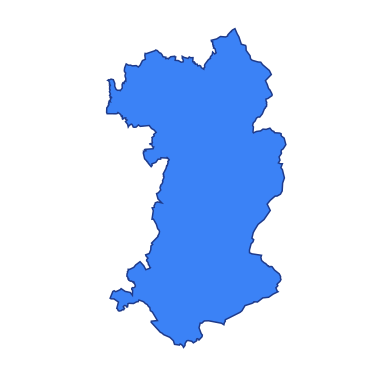 Borris-In-Ossory -Mountmellick Lea-6, Laoighis, Ireland, rotated 167°
{"feature_id": "5873133B47700529765173", "entity_name": "Borris-In-Ossory -Mountmellick Lea-6", "entity_type": "district", "adm_level": 2, "iso_a3": "IRL", "parent_name": "Ireland", "parent_adm1": "Laoighis", "projection": "mercator", "projection_center": [-7.469, 52.998], "detail": "fine", "context": "isolated", "style": "filled", "palette": "blue", "viewbox_px": 384, "rotation_deg": 167, "n_neighbors": 0, "source": "geoboundaries", "source_scale": "gbopen_adm2", "svg_char_len": 6041}
<svg xmlns="http://www.w3.org/2000/svg" viewBox="0 0 384 384"><g transform="rotate(167 192 192)"><path d="M113.4,341.5L116.0,340.8L117.2,340.2L117.5,339.5L118.1,339.6L121.6,337.2L122.2,336.0L124.4,335.5L129.3,337.1L133.5,335.6L139.1,335.5L139.1,334.1L138.1,333.7L138.6,330.9L138.1,329.8L138.6,329.5L138.1,328.0L138.6,327.5L137.2,326.1L137.4,323.4L137.1,322.2L138.8,321.4L140.4,323.7L141.4,321.2L143.4,319.8L144.2,318.6L144.0,318.0L146.1,317.4L150.6,313.6L151.3,312.6L151.5,310.7L152.4,310.3L152.9,309.0L155.0,311.1L155.2,312.7L156.1,313.6L158.0,313.6L158.3,315.5L160.0,315.7L159.9,316.9L160.8,317.0L160.5,318.2L162.0,318.8L160.8,322.7L163.2,323.2L164.3,324.2L165.8,323.0L169.5,325.0L171.0,326.4L171.4,324.2L171.0,323.8L170.9,321.7L171.4,320.8L173.4,320.9L175.7,323.1L178.8,324.1L177.5,327.3L178.6,327.7L178.5,328.2L182.3,328.6L185.1,327.1L185.3,327.6L187.6,327.9L187.1,329.2L189.8,330.3L190.4,332.7L191.3,334.4L192.3,334.8L194.0,337.6L195.4,338.5L196.5,338.0L205.4,337.1L206.5,337.6L207.2,335.7L207.6,331.8L210.7,331.2L214.1,327.1L216.2,325.9L217.9,327.7L221.7,328.3L223.3,329.4L225.3,329.8L227.3,331.6L229.7,328.1L230.6,325.7L230.7,324.4L229.9,323.1L230.2,322.0L231.0,320.8L231.2,319.3L230.9,317.7L231.6,314.9L232.0,315.3L232.7,315.0L233.8,314.0L233.6,313.6L233.9,313.1L234.8,313.9L235.9,312.5L236.6,308.9L239.2,306.9L239.7,307.5L241.7,307.8L242.9,309.2L243.5,312.4L242.8,315.2L243.4,319.1L245.5,320.2L247.8,319.7L248.6,320.6L248.3,319.9L248.9,319.7L248.2,319.2L247.7,317.1L248.1,316.1L247.8,315.6L248.2,315.1L247.7,315.0L247.6,314.1L248.4,313.6L249.2,310.7L248.8,309.8L249.9,308.3L249.4,305.8L250.6,304.7L250.0,303.6L250.3,303.2L249.7,302.8L250.2,302.5L249.5,301.9L250.3,301.7L250.6,300.2L251.5,299.8L251.3,299.1L251.9,299.1L251.6,298.5L252.2,298.8L252.8,298.4L252.6,298.0L253.4,297.0L253.1,296.4L253.7,295.3L254.2,295.3L254.3,294.6L256.1,293.2L257.3,288.8L257.1,287.4L248.4,285.3L247.2,285.3L246.3,286.1L244.1,283.6L243.8,281.6L242.9,281.7L243.4,278.9L243.1,278.5L241.4,279.4L239.9,279.1L240.4,278.0L239.1,276.7L241.0,275.6L239.5,272.4L239.5,269.7L238.3,270.9L236.0,271.8L235.4,271.5L234.9,270.1L234.7,268.6L233.9,268.1L231.9,267.8L229.1,269.4L227.7,267.6L218.7,266.4L217.2,263.0L215.1,261.1L213.5,258.2L216.4,256.7L216.2,255.4L216.4,255.0L218.8,254.1L218.7,253.2L219.5,250.6L219.4,249.2L219.8,248.6L222.2,248.4L222.0,247.7L220.7,247.8L220.2,244.9L219.2,244.5L220.2,242.9L228.1,244.1L228.5,244.0L227.7,242.6L230.1,242.7L230.0,241.6L230.7,241.1L230.7,235.0L229.1,232.4L229.1,231.8L228.5,231.4L228.2,230.0L226.1,225.9L224.9,226.8L224.8,228.4L220.6,229.0L217.7,231.6L215.1,231.1L214.6,232.4L209.2,230.8L208.6,231.3L208.2,230.9L208.3,230.1L207.6,229.9L207.0,228.5L208.7,227.2L208.7,226.0L210.3,223.2L210.8,223.3L212.0,220.8L216.1,216.0L215.7,215.0L216.3,213.9L215.9,213.4L216.2,212.2L218.2,209.6L218.1,208.5L219.2,206.9L221.1,205.6L221.2,204.7L222.0,204.0L222.2,203.0L222.0,201.0L225.0,198.8L226.9,198.4L226.7,192.9L223.9,188.2L227.8,190.1L230.2,189.7L230.8,188.5L232.0,187.2L232.2,185.5L234.4,185.5L233.9,182.5L237.1,174.5L235.7,174.2L234.0,168.5L233.7,163.9L232.8,162.4L232.5,161.0L233.2,159.1L235.2,156.8L235.1,156.3L242.9,151.3L242.1,149.8L244.1,148.7L245.2,144.9L247.5,141.7L251.3,141.2L251.2,140.0L249.8,137.5L251.4,136.2L251.7,135.2L250.7,133.3L250.8,130.9L250.2,130.2L250.0,128.0L249.6,127.7L250.2,127.2L254.5,126.7L255.6,131.0L258.3,135.8L263.3,133.6L265.6,131.7L269.9,130.7L271.6,131.0L271.6,129.9L272.8,129.0L272.9,127.9L273.7,126.9L274.4,124.5L273.7,123.4L273.9,121.7L273.3,121.6L273.5,120.4L272.1,119.0L270.9,118.8L269.6,117.1L269.3,117.6L268.7,117.1L269.1,116.3L268.5,115.2L268.3,113.2L269.1,112.2L270.3,111.8L271.4,112.2L272.4,111.7L272.6,110.4L271.9,109.8L273.3,104.8L274.8,108.0L279.5,110.2L282.8,113.8L283.9,113.0L288.1,112.1L288.9,112.1L290.1,113.3L291.5,112.9L295.7,106.9L294.9,106.1L292.1,105.4L288.4,101.3L291.5,95.5L290.8,94.7L290.6,93.1L289.8,92.4L287.8,92.3L286.1,93.0L285.1,92.6L283.9,93.9L284.7,94.7L284.7,95.8L283.3,96.6L282.0,96.1L281.3,94.5L280.6,94.6L279.5,97.6L278.3,97.7L274.1,96.5L270.4,97.5L269.2,97.2L268.0,98.7L263.9,96.0L262.5,93.8L260.9,92.4L260.1,90.1L259.1,89.1L259.3,85.8L257.6,83.9L254.6,74.5L260.7,75.3L261.1,74.3L254.4,62.4L253.2,61.5L251.6,59.3L246.3,55.4L243.6,51.3L243.3,47.5L238.7,45.7L237.8,46.6L237.3,46.4L235.7,44.5L235.2,42.5L233.4,44.0L232.7,46.1L230.5,48.2L229.2,48.2L225.8,46.6L224.6,44.7L221.2,45.9L220.7,46.3L220.8,47.3L220.4,47.8L219.4,47.8L218.5,46.2L214.8,48.7L214.1,50.3L214.9,51.9L215.7,58.1L213.5,62.4L211.9,62.0L209.0,63.6L204.8,62.8L192.8,57.5L190.8,55.5L189.9,57.3L188.6,58.6L188.6,59.6L188.1,60.1L172.1,64.0L170.0,65.1L165.9,69.4L158.5,70.0L156.5,70.6L156.3,71.1L152.9,70.1L146.8,72.9L141.0,72.2L135.8,74.3L130.6,75.5L131.3,76.4L131.8,79.8L129.7,81.1L129.4,81.7L129.9,82.8L129.4,83.4L126.4,85.1L125.0,86.7L125.2,88.2L124.7,89.7L125.4,92.6L129.2,97.4L130.8,101.2L131.8,101.7L133.6,101.7L134.0,102.8L134.5,102.7L136.3,105.7L137.6,106.8L139.6,109.6L139.6,112.9L138.5,114.7L147.6,118.3L149.6,119.9L149.1,122.5L146.1,128.2L143.8,129.7L142.6,131.7L144.0,133.5L141.5,138.6L139.6,140.8L134.9,145.6L128.0,149.0L119.9,156.4L121.5,163.3L117.6,166.3L112.0,169.3L110.0,168.9L106.3,170.0L103.9,172.7L101.7,180.3L98.8,184.9L98.9,193.4L99.9,195.7L97.6,199.2L99.6,199.7L101.3,200.9L99.1,203.2L99.3,206.6L96.3,209.3L96.0,210.0L96.3,210.8L95.4,212.8L93.5,213.5L89.9,217.0L90.1,223.8L92.1,226.1L92.5,227.3L92.0,228.5L92.2,228.9L93.4,229.7L98.0,231.1L98.5,231.6L98.5,232.5L100.3,233.8L101.7,236.7L105.6,236.3L108.7,237.3L111.4,236.1L115.5,236.5L118.8,235.8L119.1,236.7L117.5,241.6L118.0,243.2L116.8,245.5L114.5,247.0L112.6,249.5L110.7,250.2L109.1,249.8L105.9,252.3L102.7,256.8L101.8,257.2L101.2,258.3L100.2,258.5L99.4,260.9L99.6,261.7L99.0,262.6L99.4,264.1L99.0,265.9L97.1,266.0L92.4,267.9L92.0,268.8L92.2,270.4L93.2,274.2L94.1,275.5L94.5,279.9L95.4,284.0L88.3,288.6L89.3,293.0L94.6,300.2L95.8,303.0L98.5,303.9L103.7,306.8L105.0,308.6L104.8,311.7L107.4,317.8L106.7,321.4L106.8,322.7L110.7,324.9L111.4,332.6L112.4,335.9L113.4,341.5Z" fill="#3b82f6" stroke="#1e3a8a" stroke-width="1.5"/></g></svg>